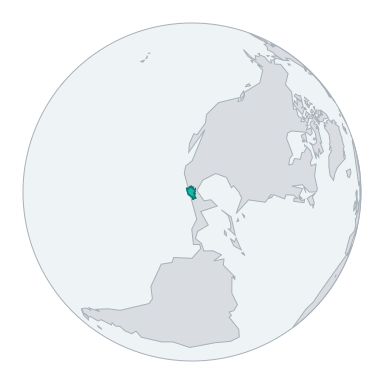 Oaxaca on an orthographic globe, rotated 57°
{"feature_id": "MEX-2723", "entity_name": "Oaxaca", "entity_type": "State", "adm_level": 1, "iso_a3": "MEX", "parent_name": "Mexico", "parent_adm1": "", "projection": "orthographic", "projection_center": [-96.38, 17.163], "detail": "fine", "context": "on_globe", "style": "filled", "palette": "teal", "viewbox_px": 384, "rotation_deg": 57, "n_neighbors": 0, "source": "natural_earth", "source_scale": "10m", "svg_char_len": 10883}
<svg xmlns="http://www.w3.org/2000/svg" viewBox="0 0 384 384"><g transform="rotate(57 192 192)"><circle cx="192" cy="192" r="169" fill="#eef3f6" stroke="#a8b0b8"/><path d="M30.6,242.0L31.0,243.2L31.0,243.3L30.6,242.0ZM244.2,215.5L240.3,214.1L236.8,219.4L223.0,212.4L217.4,202.8L172.1,188.3L166.8,183.2L165.9,174.8L146.7,147.1L156.9,173.1L150.2,168.0L144.1,158.7L146.7,156.5L141.4,143.0L134.9,137.7L131.5,121.1L138.6,101.0L141.2,104.2L142.6,99.4L139.4,95.3L136.9,93.8L137.4,75.7L128.4,66.3L120.7,67.9L126.1,64.4L108.5,71.2L100.6,71.4L112.5,68.6L116.0,66.4L112.0,64.8L114.7,62.3L114.4,60.3L118.0,57.6L124.6,56.7L127.1,55.1L124.2,54.2L125.9,51.3L129.9,52.8L133.3,48.1L145.1,47.0L152.8,55.1L162.3,54.0L177.9,61.7L179.4,59.4L186.3,61.6L190.6,59.9L192.3,62.3L194.3,59.0L191.9,57.2L192.0,55.3L194.3,54.3L196.9,57.0L196.1,57.8L198.0,58.2L198.3,60.0L199.5,58.5L202.3,62.3L202.9,57.3L208.1,59.1L209.0,62.0L204.4,63.4L195.1,75.2L194.6,79.4L198.5,83.5L215.5,87.2L216.9,91.5L222.0,96.1L223.4,92.7L219.8,87.9L223.6,83.2L218.8,78.5L219.7,76.1L216.6,71.0L222.0,70.2L228.8,72.3L231.7,76.6L234.8,77.8L236.1,72.7L245.2,80.4L257.8,85.2L259.6,87.7L256.0,93.6L246.0,95.5L241.4,105.1L249.4,97.5L253.8,104.7L256.6,105.5L259.2,104.6L259.5,101.5L262.0,103.9L255.1,111.8L252.7,109.7L254.9,107.0L250.2,108.3L245.6,114.5L248.2,118.1L238.4,125.3L240.1,128.1L239.0,131.6L236.9,126.4L240.5,136.1L229.4,148.9L234.1,166.6L224.1,153.6L217.3,152.7L209.3,153.7L209.9,156.6L198.5,155.2L189.4,162.0L187.9,176.4L193.3,187.1L205.9,186.8L208.8,180.4L217.5,178.5L213.1,195.4L228.6,196.4L228.1,208.7L232.9,214.5L240.2,212.1L247.9,214.2L252.7,206.5L260.8,201.5L261.7,211.3L265.5,201.6L270.5,205.6L286.0,202.4L285.0,204.8L298.3,213.6L311.3,215.3L314.3,221.5L312.9,226.2L317.1,226.2L317.1,229.0L332.6,227.6L339.3,231.3L338.3,240.9L331.1,254.4L321.1,278.6L307.2,289.8L301.3,299.0L286.3,313.5L278.2,314.7L278.1,319.7L271.6,324.0L265.7,325.4L262.6,329.3L258.1,330.2L259.6,332.0L249.5,337.8L249.1,340.9L241.0,345.0L240.8,346.7L238.8,346.9L235.9,347.9L234.7,348.9L229.8,348.1L231.6,344.0L235.7,341.5L233.1,341.4L242.1,334.6L238.2,336.2L244.2,326.1L252.1,316.7L262.2,288.7L259.9,283.3L248.9,278.0L235.8,257.1L240.2,247.2L237.0,243.0L247.6,228.1L244.2,215.5ZM54.6,163.7L55.5,159.8L56.3,162.7L54.6,163.7ZM55.1,157.2L55.0,158.6L54.9,157.4L55.1,157.2ZM54.4,156.2L54.9,156.9L54.2,156.5L54.4,156.2ZM53.3,155.3L54.0,155.6L53.9,155.7L53.3,155.3ZM234.2,172.8L251.9,179.3L242.8,181.6L244.3,179.8L239.7,176.8L231.3,174.4L223.0,177.1L234.2,172.8ZM52.2,152.8L52.0,152.0L52.6,151.9L52.2,152.8ZM240.1,162.0L237.1,161.7L239.9,161.3L240.1,162.0ZM135.4,93.7L139.1,95.6L141.0,100.5L137.6,99.1L135.4,93.7ZM132.2,85.2L134.7,85.0L132.9,89.6L132.0,88.2L132.2,85.2ZM114.7,70.0L117.1,70.7L113.8,71.0L114.7,70.0ZM113.7,60.5L112.1,61.2L112.6,59.9L113.7,60.5ZM213.9,71.9L215.2,71.5L215.1,72.6L213.9,71.9ZM211.3,70.3L210.2,71.9L208.8,71.4L209.5,70.4L211.3,70.3ZM118.5,54.8L119.8,52.7L119.7,54.6L118.5,54.8ZM213.0,68.4L206.4,70.3L204.0,69.4L204.6,65.0L213.0,68.4ZM121.3,51.5L124.2,47.1L121.0,48.1L131.7,43.3L125.7,48.3L126.0,50.3L123.8,50.1L121.3,51.5ZM190.2,57.1L192.8,59.0L188.5,58.4L190.2,57.1ZM187.4,57.3L174.0,59.2L171.3,56.3L176.3,56.1L171.1,53.4L176.4,50.9L180.4,51.9L181.1,54.1L182.6,51.5L187.4,57.3ZM137.2,41.6L138.9,40.6L138.4,41.6L137.2,41.6ZM191.7,54.5L189.2,55.0L186.7,52.4L191.2,50.9L190.6,52.2L191.7,54.5ZM167.2,54.0L166.1,52.1L170.0,49.5L170.1,48.5L176.3,50.6L167.2,54.0ZM192.3,52.3L193.5,50.3L196.8,50.7L193.9,53.8L192.3,52.3ZM184.2,52.4L183.2,51.2L185.2,51.4L184.2,52.4ZM209.2,51.6L206.3,51.9L204.7,50.5L209.2,51.6ZM193.7,49.6L192.6,49.5L191.7,49.1L193.1,48.0L193.7,49.6ZM178.6,48.8L180.5,48.3L176.3,47.8L179.1,46.1L182.7,47.9L182.3,46.4L183.2,45.9L185.1,48.1L178.6,48.8ZM191.8,45.7L197.3,47.9L203.0,47.4L204.5,48.6L195.1,49.2L191.8,45.7ZM187.7,46.8L190.6,46.3L191.0,47.8L189.4,49.1L187.7,46.8ZM179.7,44.3L174.5,46.4L173.9,46.0L179.7,44.3ZM193.3,45.2L192.0,44.7L193.7,45.0L193.3,45.2ZM183.8,44.2L182.1,44.9L181.4,44.4L183.8,44.2ZM190.7,43.2L192.5,43.9L191.4,44.7L190.7,43.2ZM187.5,43.4L187.0,42.5L190.0,44.6L186.8,43.8L187.5,43.4ZM183.5,43.6L182.5,43.5L184.3,43.3L183.5,43.6ZM193.8,40.0L197.7,42.4L195.4,44.1L191.8,41.5L193.8,40.0ZM237.1,350.0L229.8,348.6L234.3,349.2L239.7,347.1L242.8,348.4L237.1,350.0ZM252.1,344.1L257.1,342.4L257.6,342.6L254.3,344.0L252.1,344.1ZM309.5,70.6L308.5,69.7L313.7,75.7L327.1,92.6L328.8,96.5L327.0,96.9L315.3,83.8L313.0,76.7L308.9,72.7L303.5,69.7L303.3,68.1L300.8,66.2L299.3,63.8L291.6,57.2L289.2,54.8L280.7,49.5L278.3,47.7L284.0,51.2L286.8,52.7L280.7,48.2L290.8,55.0L300.5,62.5L309.5,70.6ZM274.4,44.5L272.4,43.4L272.0,43.2L274.4,44.5ZM268.8,41.5L267.2,40.7L265.0,39.6L268.8,41.5ZM262.3,38.4L265.2,39.9L259.3,37.4L252.4,34.5L251.3,34.3L262.5,39.1L266.3,40.8L268.3,41.5L279.2,47.5L282.6,49.8L274.2,45.7L278.1,48.8L269.8,44.9L244.6,33.1L236.9,30.1L235.8,28.8L237.8,29.4L241.1,30.3L243.7,31.2L245.0,31.6L262.3,38.4ZM232.7,28.0L231.8,27.8L230.9,27.6L232.7,28.0ZM205.3,23.6L203.7,23.5L202.3,23.4L205.3,23.6ZM200.1,23.2L199.8,23.2L199.7,23.2L200.1,23.2ZM194.3,23.1L194.6,23.1L179.3,24.3L171.0,25.0L172.0,24.4L159.2,26.9L150.9,28.5L152.5,28.3L147.4,30.1L149.9,29.6L150.3,29.7L138.4,35.4L134.1,37.0L130.8,40.3L131.6,40.4L134.6,39.3L131.7,43.3L121.0,48.1L119.7,47.6L113.8,51.3L111.8,49.9L107.4,50.9L108.5,48.0L104.9,49.5L103.0,50.8L96.7,54.3L90.2,57.4L103.8,48.7L115.1,45.1L111.2,45.7L114.6,43.9L114.7,43.3L111.7,44.2L109.9,45.3L117.6,40.3L129.7,35.0L142.1,30.6L154.9,27.2L167.9,24.8L181.1,23.4L194.3,23.1ZM360.3,176.8L360.4,181.1L359.0,177.3L352.3,160.4L350.3,149.9L346.1,140.3L329.1,97.3L329.7,96.0L323.2,85.6L330.7,95.6L337.5,106.1L343.4,117.0L348.5,128.4L352.8,140.2L356.2,152.2L358.7,164.4L360.3,176.8ZM339.9,115.9L341.5,118.8L339.9,115.9ZM286.5,202.1L288.5,203.7L286.1,204.2L286.5,202.1ZM242.0,185.8L245.5,185.6L247.5,187.0L244.9,187.8L242.0,185.8ZM270.4,182.0L274.1,182.2L270.4,183.7L270.4,182.0ZM254.6,180.1L267.3,182.2L260.0,186.3L251.9,185.1L257.2,183.5L254.6,180.1ZM239.4,168.0L241.7,168.5L241.3,170.4L239.4,168.0ZM242.1,161.8L241.3,162.1L240.0,160.7L242.1,161.8ZM254.2,104.2L254.8,103.7L257.7,103.4L256.8,104.8L254.2,104.2ZM267.7,95.4L271.6,99.5L268.2,97.4L267.7,99.9L260.1,98.9L260.1,89.0L261.5,93.5L267.7,95.4ZM249.9,95.6L254.8,96.8L249.5,95.9L249.9,95.6ZM288.6,60.1L290.0,60.1L293.3,62.6L296.2,67.0L291.4,63.3L288.6,60.1ZM291.2,59.7L282.0,55.1L279.8,52.6L282.6,54.7L282.1,53.5L286.4,56.6L293.3,59.3L296.7,61.8L300.2,67.7L297.2,64.2L296.0,64.2L291.2,59.7ZM262.4,52.1L258.4,51.3L258.8,46.8L262.5,48.2L265.7,52.3L263.2,53.1L262.4,52.1ZM215.4,60.7L213.8,61.6L213.1,60.7L213.9,59.3L215.4,60.7ZM207.9,51.8L221.5,56.5L220.4,57.6L229.6,59.7L230.3,63.5L224.3,61.9L231.8,66.7L226.6,66.8L232.0,69.8L218.5,65.9L214.2,66.6L218.8,64.3L218.3,60.7L216.7,59.4L209.2,56.3L199.6,56.5L197.5,53.4L198.6,51.2L200.6,50.6L201.3,52.7L203.5,50.5L206.0,53.2L207.9,51.8ZM212.7,33.4L212.7,35.0L217.4,33.2L220.0,34.9L220.4,34.6L224.1,35.9L229.2,37.1L229.7,38.0L231.5,38.1L233.9,39.1L236.6,39.6L238.4,41.6L241.7,42.5L240.7,43.0L245.9,44.0L242.8,44.2L245.7,45.8L247.2,44.8L250.6,56.6L254.4,62.2L259.3,67.0L253.3,67.2L244.8,63.1L236.2,57.5L233.4,52.4L231.2,53.7L229.2,51.7L231.7,51.5L226.6,50.7L225.6,49.1L217.9,45.5L211.0,45.9L208.0,44.9L210.2,43.9L205.7,43.6L207.9,41.2L205.8,40.5L205.8,37.7L211.3,36.7L208.5,36.0L208.4,34.2L212.7,33.4ZM194.0,39.2L200.0,37.1L204.3,37.2L202.4,42.1L204.0,43.1L203.0,46.7L196.7,46.6L197.6,45.5L197.0,44.5L199.2,44.9L197.0,43.8L198.1,42.4L196.7,41.2L199.0,40.8L194.0,39.2ZM318.0,79.5L315.5,76.7L314.4,75.6L314.7,75.8L318.0,79.5ZM310.9,72.0L314.1,75.2L312.8,73.9L310.9,72.0ZM282.7,50.2L281.2,49.1L282.2,49.6L284.4,51.0L282.7,50.2ZM227.4,30.3L226.7,30.7L225.5,30.4L221.0,30.6L218.8,29.6L220.6,29.1L227.4,30.3ZM224.2,29.2L222.6,29.3L222.4,28.8L224.2,29.2ZM216.9,28.9L216.2,28.2L218.0,29.5L216.9,28.9ZM217.0,24.9L219.8,25.4L212.4,24.7L202.7,23.8L211.4,24.4L216.2,24.8L216.5,24.8L217.0,24.9ZM182.4,24.1L182.1,24.6L179.7,24.6L182.4,24.1ZM184.0,24.2L188.3,24.6L186.5,25.0L183.5,24.6L184.0,24.2ZM206.5,25.9L209.2,26.0L209.3,26.4L206.5,25.9ZM30.7,242.3L30.6,242.0L31.0,243.3L30.8,242.6L30.7,242.3ZM137.5,40.7L138.8,40.6L136.9,41.3L137.5,40.7ZM151.8,29.4L152.0,29.7L149.7,30.2L151.8,29.4ZM151.3,30.9L153.6,30.0L151.9,31.0L151.3,30.9ZM158.9,28.3L155.0,29.7L157.5,28.3L158.9,28.3Z" fill="#d9dde1" stroke="#a8b0b8" stroke-width="1"/><path d="M198.4,195.2L197.8,195.0L197.6,194.9L197.1,194.8L196.9,194.8L196.7,194.8L196.7,194.7L197.0,194.7L197.1,194.4L196.9,194.3L196.7,194.4L196.7,194.5L196.4,194.6L196.5,194.5L196.5,194.4L196.4,194.2L196.2,194.2L196.0,194.4L196.0,194.5L195.8,194.5L195.7,194.6L195.8,194.6L196.0,194.7L196.3,194.7L196.2,194.7L196.5,194.7L196.6,194.8L196.4,194.8L196.2,194.8L195.7,194.9L195.4,194.9L195.3,195.0L195.2,195.0L194.9,195.2L194.8,195.3L194.7,195.4L194.7,195.5L194.3,195.6L194.2,195.6L193.9,195.7L193.7,195.8L193.4,195.9L193.2,195.9L193.2,196.0L192.9,196.1L192.7,196.1L192.5,196.3L192.4,196.4L192.1,196.4L191.9,196.3L191.7,196.4L191.3,196.4L191.1,196.3L190.8,196.2L190.7,196.2L190.4,196.1L190.2,196.0L190.1,195.9L189.8,195.7L189.7,195.7L189.4,195.6L189.2,195.6L188.9,195.6L188.7,195.5L188.4,195.5L188.1,195.5L187.9,195.4L187.6,195.2L187.2,194.9L186.9,194.8L187.1,194.8L186.9,194.8L186.9,194.7L186.5,194.6L186.2,194.6L185.9,194.5L185.9,194.4L186.0,194.3L186.3,194.3L186.4,194.2L186.5,194.1L186.4,193.9L186.5,193.7L186.8,193.7L186.7,193.3L186.8,193.3L187.0,193.3L187.1,193.2L187.3,192.8L187.4,192.6L187.4,192.4L187.3,192.2L187.1,192.0L187.0,191.8L186.9,191.8L186.8,191.7L186.7,191.7L186.5,191.4L186.5,191.2L186.4,190.9L186.4,190.7L186.4,190.4L186.4,190.1L186.5,189.9L186.6,189.7L186.7,189.8L186.8,189.8L186.9,189.7L187.0,189.5L187.0,189.4L187.4,189.4L187.7,189.4L187.7,189.6L187.8,189.7L187.8,189.8L188.0,189.7L188.2,189.4L188.0,189.2L188.2,188.6L188.3,188.6L188.5,188.5L188.5,188.8L188.5,189.0L188.8,189.2L188.8,189.4L188.9,189.5L189.0,189.6L189.2,189.3L189.3,189.2L189.6,189.0L189.9,189.1L190.2,189.2L190.3,189.2L190.5,188.9L190.8,188.8L190.9,188.7L191.0,188.4L191.2,188.1L191.3,188.0L191.3,187.9L191.2,187.6L191.4,187.7L191.5,187.8L191.8,187.9L192.0,188.3L192.1,188.5L192.3,188.6L192.4,188.9L192.5,189.0L192.8,189.1L193.0,189.1L193.3,189.1L193.5,189.2L193.6,189.3L193.6,189.5L193.6,189.8L193.4,190.0L193.3,190.3L193.6,190.9L193.8,191.0L194.0,190.9L194.2,191.0L194.2,190.9L194.3,190.9L194.5,190.8L194.5,190.7L194.9,190.6L195.0,190.5L195.0,190.4L195.3,190.3L195.3,190.6L195.2,190.6L195.2,190.8L195.4,191.1L195.6,191.2L195.7,191.3L195.8,191.4L195.9,191.5L196.0,191.8L196.6,191.9L197.3,191.9L199.1,192.0L199.1,192.4L199.0,192.5L199.0,192.8L198.8,192.9L198.6,193.0L198.6,193.3L198.6,193.5L198.4,193.8L198.4,194.0L198.6,194.4L198.6,194.5L198.6,194.8L198.5,195.0L198.4,194.9L198.4,194.7L198.2,194.8L197.9,194.7L197.7,194.6L197.8,194.9L197.9,195.0L198.0,195.0L197.8,194.9L198.0,194.9L198.3,195.0L198.2,195.0L198.4,195.1L198.5,195.1L198.4,195.2Z" fill="#14b8a6" stroke="#0f766e" stroke-width="1.5"/></g></svg>